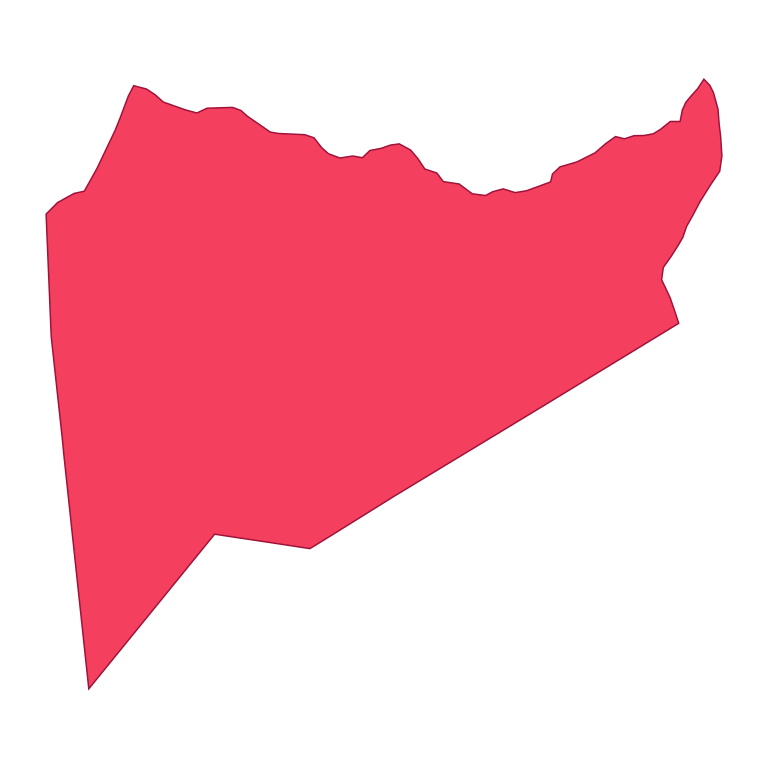 Miranda do Norte, Maranhão, Brazil
{"feature_id": "56859067B705481453329", "entity_name": "Miranda do Norte", "entity_type": "district", "adm_level": 2, "iso_a3": "BRA", "parent_name": "Brazil", "parent_adm1": "Maranhão", "projection": "orthographic", "projection_center": [-44.488, -3.552], "detail": "fine", "context": "isolated", "style": "filled", "palette": "rose", "viewbox_px": 768, "rotation_deg": 0, "n_neighbors": 0, "source": "geoboundaries", "source_scale": "gbopen_adm2", "svg_char_len": 1263}
<svg xmlns="http://www.w3.org/2000/svg" viewBox="0 0 768 768"><path d="M133.7,85.7L128.4,95.9L120.3,117.5L115.2,130.2L97.0,168.4L84.3,191.2L74.2,193.4L66.3,197.7L57.4,202.7L46.1,214.1L51.2,336.2L54.0,362.3L62.4,439.4L63.8,454.3L88.8,688.8L214.6,534.2L309.9,548.6L327.8,537.6L395.5,495.4L532.6,412.4L678.7,323.3L675.3,312.8L670.3,298.2L665.2,287.2L661.6,279.8L663.3,267.5L671.2,256.3L678.4,245.0L682.8,237.4L686.6,226.4L692.8,215.4L700.0,201.7L710.8,184.5L719.7,171.3L721.9,156.0L720.6,136.1L719.2,124.5L718.0,109.1L713.5,92.8L709.9,85.4L703.9,79.2L697.8,88.5L691.1,96.0L685.9,102.2L682.3,110.1L680.1,121.5L670.3,121.5L660.4,129.4L653.3,133.8L644.1,135.5L634.0,135.7L624.5,138.8L615.5,136.6L605.7,143.6L595.0,152.9L576.7,162.0L560.1,166.8L552.5,174.0L550.6,181.9L538.5,186.4L526.6,190.7L515.2,192.6L503.2,188.9L492.7,191.7L485.5,195.5L472.3,193.8L459.1,184.0L443.3,181.6L436.8,173.0L424.8,169.0L417.8,158.5L410.7,150.1L399.3,143.9L390.7,145.0L380.9,148.4L369.9,150.5L362.4,157.7L352.8,156.0L339.9,158.0L328.4,153.7L321.6,147.6L314.0,137.8L304.8,134.7L278.7,133.5L270.3,132.1L247.2,116.1L241.0,110.5L232.6,107.4L207.1,108.2L196.9,113.0L185.5,109.9L175.0,106.2L163.2,102.0L155.1,94.7L146.4,89.0L133.7,85.7Z" fill="#f43f5e" stroke="#9f1239" stroke-width="1.5"/></svg>